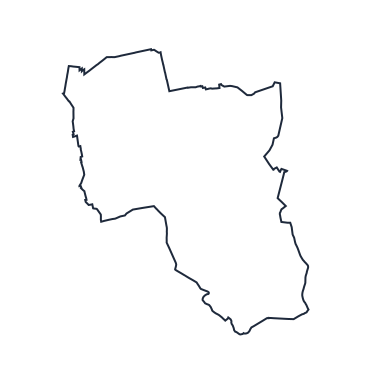 Venustiano Carranza, Michoacán, Mexico (Natural Earth projection), rotated 258°
{"feature_id": "50627088B62018556431099", "entity_name": "Venustiano Carranza", "entity_type": "district", "adm_level": 2, "iso_a3": "MEX", "parent_name": "Mexico", "parent_adm1": "Michoacán", "projection": "natural_earth1", "projection_center": [-102.661, 20.146], "detail": "fine", "context": "isolated", "style": "outline", "palette": "slate", "viewbox_px": 384, "rotation_deg": 258, "n_neighbors": 0, "source": "geoboundaries", "source_scale": "gbopen_adm2", "svg_char_len": 5746}
<svg xmlns="http://www.w3.org/2000/svg" viewBox="0 0 384 384"><g transform="rotate(258 192 192)"><path d="M48.1,204.5L46.9,205.0L46.3,205.3L46.0,206.0L45.6,206.5L43.0,208.9L42.6,209.8L42.6,211.3L42.6,211.9L42.9,212.6L43.2,213.1L42.7,213.5L42.6,214.2L42.4,215.1L42.4,215.7L42.4,216.0L42.5,216.5L42.6,217.2L43.0,217.9L43.6,218.7L44.3,219.5L45.7,220.5L46.6,221.4L47.2,222.0L47.9,224.4L51.5,234.8L53.0,239.0L52.9,239.5L53.0,239.9L52.7,240.3L52.6,240.8L52.9,241.1L52.6,241.6L52.6,241.8L52.4,242.8L51.7,245.2L49.6,253.0L47.9,259.3L46.5,265.0L48.3,270.2L49.5,274.3L49.5,275.2L49.7,276.4L50.1,277.2L50.2,278.0L50.5,279.1L51.4,279.9L52.8,281.5L54.1,281.1L56.1,280.7L57.6,280.4L59.0,279.9L60.2,279.6L61.0,279.1L62.4,278.6L63.9,278.4L65.1,278.3L66.4,278.3L67.3,278.3L68.3,278.4L69.7,278.8L71.0,279.3L72.4,280.0L73.7,280.8L75.9,281.9L77.3,282.7L78.8,283.6L79.7,284.0L80.6,284.2L81.8,284.5L84.8,285.2L86.5,285.9L89.1,287.4L90.2,287.8L93.6,289.7L94.4,290.0L95.3,290.1L95.7,290.1L96.4,289.9L98.9,288.5L100.1,287.7L101.3,287.1L102.6,286.3L103.5,286.0L104.9,285.5L107.1,284.8L109.0,284.5L113.5,283.9L115.4,283.6L116.7,283.3L117.5,283.1L118.4,282.9L119.3,282.6L120.2,282.5L121.6,282.4L123.5,282.4L126.0,282.4L126.9,282.2L128.9,281.7L129.6,281.6L136.9,282.2L141.5,281.7L142.1,279.0L142.9,276.7L144.1,273.2L145.3,273.2L148.5,273.2L151.0,273.3L152.2,273.3L152.8,273.5L153.2,273.6L154.3,274.5L155.5,275.2L156.4,275.9L156.6,276.1L156.8,276.8L158.8,280.8L159.1,280.6L163.7,277.6L166.4,275.7L168.2,274.5L187.3,284.0L191.0,285.8L192.2,286.3L192.3,287.4L192.4,288.3L192.6,289.0L192.9,289.4L193.0,289.3L196.0,284.3L195.1,283.5L193.4,282.3L193.8,281.8L198.4,280.0L197.4,276.5L197.4,276.4L196.1,276.5L203.2,273.3L211.7,270.0L216.6,276.4L221.5,280.6L227.5,283.3L227.7,285.6L228.1,286.9L229.1,288.1L245.5,295.7L256.2,296.7L262.9,298.3L280.0,300.8L282.1,295.7L278.6,292.9L278.5,291.8L276.4,274.5L275.3,273.1L274.4,270.2L275.2,266.5L275.4,266.0L276.2,265.3L280.4,262.0L284.9,258.2L287.2,253.3L287.9,251.3L288.4,245.5L290.6,243.0L291.5,242.8L291.4,240.9L289.5,240.7L288.0,240.5L288.2,237.9L288.4,236.7L288.8,233.9L288.9,233.1L289.5,232.0L289.6,230.1L289.5,229.1L289.5,228.7L289.5,227.3L289.5,226.9L291.5,226.7L291.5,226.1L291.5,225.7L291.5,224.8L291.5,224.3L293.3,224.1L293.3,222.7L294.0,222.5L293.8,220.6L294.0,220.1L293.9,218.9L293.7,217.4L294.6,213.2L294.7,212.3L294.8,209.6L295.1,209.5L295.3,190.8L307.1,190.7L307.4,190.5L311.1,190.5L312.3,190.5L314.5,190.5L314.8,190.4L317.4,190.4L319.9,190.4L322.4,190.4L322.5,190.3L324.9,190.3L327.5,190.2L330.1,190.2L332.6,190.2L335.2,190.3L335.1,189.8L335.1,189.0L335.2,188.3L337.6,185.8L337.8,185.7L339.0,184.4L339.0,181.6L340.2,181.6L340.2,178.8L340.2,177.4L340.2,175.9L340.2,174.5L340.2,173.1L340.2,171.7L340.2,170.3L340.2,168.9L340.2,167.5L340.2,166.1L340.1,164.7L340.1,161.8L340.1,160.4L340.1,159.0L340.1,157.6L340.1,156.2L340.1,154.8L340.1,153.5L340.1,152.1L340.1,150.6L340.0,149.2L340.0,147.8L340.0,146.4L340.0,144.3L340.2,143.5L340.7,141.3L341.6,136.8L341.6,136.5L340.4,134.2L339.2,131.8L337.9,129.1L337.8,128.8L336.5,126.4L336.0,125.0L335.4,123.8L334.3,121.5L334.2,121.3L333.0,118.8L331.9,116.6L331.7,116.1L330.6,113.7L329.4,111.1L331.9,111.6L334.4,112.1L333.9,110.7L333.3,109.7L333.1,109.4L335.7,109.9L334.4,107.3L337.0,107.8L337.5,107.9L339.1,102.9L339.3,102.2L340.2,99.8L340.8,97.7L338.7,96.8L336.6,96.0L335.5,95.6L334.5,95.2L332.4,94.3L330.2,93.5L328.1,92.6L326.1,91.8L325.9,91.7L324.9,91.3L323.9,90.9L321.8,90.1L319.6,89.2L317.5,88.4L315.2,87.4L315.1,86.3L313.6,87.0L311.6,87.9L309.4,89.0L307.4,89.9L306.9,90.1L306.1,90.6L306.1,90.9L305.9,91.0L303.4,91.9L300.6,93.0L299.6,93.4L299.0,93.6L298.6,93.5L297.6,93.3L297.3,93.2L296.3,93.0L295.6,92.8L294.6,92.6L290.6,91.8L288.6,91.4L286.0,90.0L283.3,89.8L280.9,89.6L278.3,89.3L275.9,89.3L275.7,88.0L273.1,88.2L272.8,87.2L270.6,87.1L270.8,89.1L271.1,91.2L270.6,91.2L265.0,90.8L262.4,90.6L260.5,90.5L260.0,90.8L260.1,92.3L257.5,92.2L257.4,92.2L256.5,92.0L254.8,92.1L252.2,92.1L249.6,92.0L249.4,90.4L246.8,89.6L246.8,90.2L244.2,90.2L244.1,89.7L241.8,89.9L239.4,90.1L239.2,90.2L234.3,90.4L231.7,90.2L231.3,90.2L226.2,86.9L223.8,85.5L221.6,83.3L221.3,83.2L221.4,84.3L218.9,84.7L218.8,84.3L218.0,84.8L216.4,85.9L215.2,86.9L214.9,86.9L214.0,86.9L211.4,87.0L209.0,87.1L208.8,87.2L206.3,87.2L206.4,85.9L206.0,85.9L204.3,86.0L201.7,87.7L200.8,88.2L200.7,89.8L200.7,91.9L198.2,91.9L196.6,91.9L196.2,92.7L195.8,94.0L195.4,95.1L195.0,95.5L192.9,96.4L191.5,97.0L189.7,97.8L188.8,98.1L187.0,97.8L183.9,97.1L181.8,97.0L182.0,100.3L182.1,104.9L182.1,108.5L181.9,111.2L182.0,111.9L182.3,113.4L183.0,116.8L183.0,121.5L184.6,123.5L187.1,130.5L186.7,140.3L186.1,151.8L182.7,153.8L182.4,154.1L181.1,154.8L177.7,157.0L177.4,157.2L173.0,160.3L164.3,160.0L163.0,160.0L161.8,159.9L159.1,159.3L158.9,159.2L156.5,158.8L152.6,157.7L149.0,157.0L147.8,156.7L146.9,156.9L141.3,158.2L137.0,159.1L126.2,161.4L124.5,161.5L123.3,161.1L122.0,160.5L120.3,159.6L119.7,159.4L119.2,159.7L117.6,161.4L114.7,164.6L108.6,171.1L105.5,174.6L102.6,177.7L101.0,178.3L98.5,179.3L96.1,180.1L95.3,180.6L93.7,183.0L91.4,186.6L90.5,187.4L89.7,187.5L88.9,186.9L88.8,186.3L88.9,185.8L88.9,185.2L88.7,184.7L88.4,183.7L88.0,182.9L87.7,182.4L87.3,181.8L86.8,181.2L86.2,180.8L85.8,180.5L85.4,180.3L84.9,180.1L84.5,180.0L84.2,179.9L83.9,180.0L81.6,181.2L80.4,181.7L79.8,182.5L79.7,182.7L79.2,183.3L78.4,184.6L78.0,185.1L77.7,185.4L76.8,185.8L75.9,186.3L74.3,186.7L73.0,187.0L71.9,187.1L71.3,187.4L70.6,188.0L69.5,188.9L68.8,189.6L68.1,190.3L67.9,190.6L67.4,191.2L66.5,192.3L65.8,193.0L64.2,194.3L63.1,195.2L62.0,195.9L61.0,196.6L60.3,197.1L59.7,197.6L59.3,197.8L60.8,200.8L61.7,201.4L60.5,202.4L59.4,203.3L57.9,203.7L56.9,203.6L56.1,203.3L54.7,203.4L52.9,204.1L50.2,204.5L48.1,204.5Z" fill="none" stroke="#1e293b" stroke-width="2"/></g></svg>